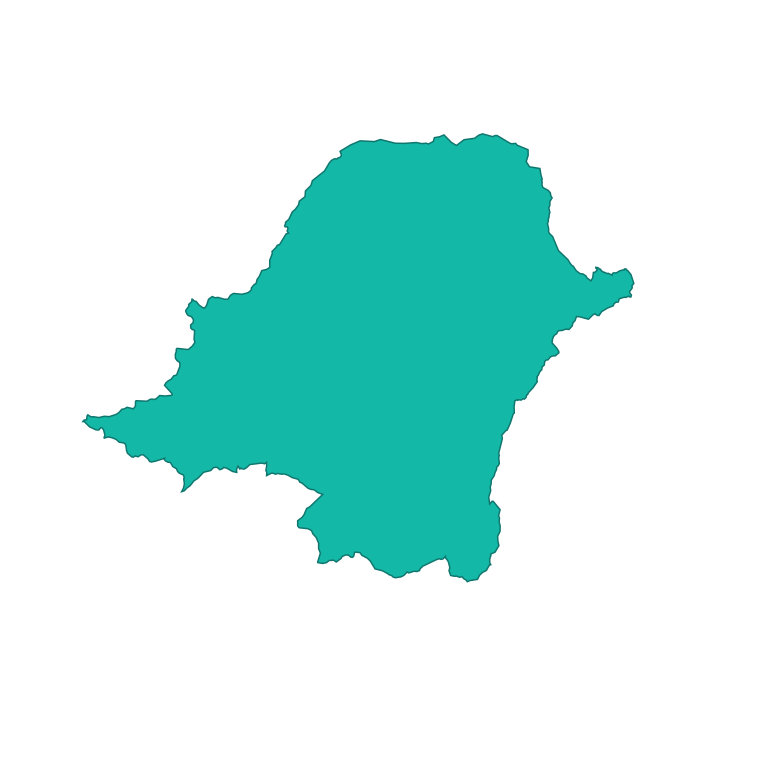 outline of Sao Nicolau Tolentino, São Domingos, Cabo Verde, rotated 143°
{"feature_id": "66160863B10929768356041", "entity_name": "Sao Nicolau Tolentino", "entity_type": "district", "adm_level": 2, "iso_a3": "CPV", "parent_name": "Cabo Verde", "parent_adm1": "São Domingos", "projection": "robinson", "projection_center": [-23.566, 15.021], "detail": "fine", "context": "isolated", "style": "filled", "palette": "teal", "viewbox_px": 768, "rotation_deg": 143, "n_neighbors": 0, "source": "geoboundaries", "source_scale": "gbopen_adm2", "svg_char_len": 6171}
<svg xmlns="http://www.w3.org/2000/svg" viewBox="0 0 768 768"><g transform="rotate(143 384 384)"><path d="M436.5,176.0L433.7,175.3L426.9,171.7L422.7,173.8L418.7,174.2L414.4,173.5L408.8,176.0L407.5,175.4L407.2,177.4L405.0,180.5L401.9,182.7L401.1,183.9L396.4,182.9L389.5,185.8L387.8,189.6L384.8,194.1L380.1,196.4L376.7,200.7L375.0,204.6L372.4,207.5L371.8,209.8L366.9,213.8L367.4,224.6L368.3,225.3L371.8,224.5L368.4,230.7L363.0,234.6L361.1,237.9L358.8,239.5L356.1,242.7L351.1,244.5L348.6,246.5L345.9,247.8L343.6,250.0L342.3,249.9L339.8,251.0L336.7,256.2L334.8,257.7L334.3,259.5L322.4,269.1L320.8,272.2L315.2,273.4L313.3,273.1L306.6,276.8L298.8,282.3L297.4,282.4L293.7,287.7L289.6,291.8L287.4,291.4L287.0,290.4L286.2,290.6L284.1,288.6L282.0,288.6L280.9,287.4L278.5,287.8L276.8,289.4L275.8,289.1L273.7,290.2L267.0,291.4L260.0,293.7L259.4,295.5L257.9,296.6L257.5,297.8L255.9,298.0L251.8,300.2L249.5,300.4L247.6,302.4L244.6,302.7L242.0,305.3L240.0,305.5L238.5,304.6L234.7,305.5L232.4,304.9L230.2,303.4L225.5,303.7L224.8,304.9L224.5,308.6L225.0,315.7L222.7,318.2L220.2,319.8L217.9,320.4L215.9,320.2L213.7,321.4L211.9,321.2L209.6,319.6L205.8,318.4L203.4,316.2L198.5,317.2L196.6,319.0L193.4,319.6L189.7,322.0L187.2,319.8L181.7,312.7L175.6,313.5L173.4,313.2L172.4,310.5L171.1,309.3L166.7,310.8L160.1,310.2L153.9,308.5L152.0,309.6L149.9,309.8L147.5,308.5L144.8,310.5L139.9,308.7L138.8,307.6L135.9,307.0L135.6,305.9L134.4,304.9L132.9,306.1L132.9,308.9L132.3,309.9L127.9,311.4L126.8,313.3L124.0,313.9L120.9,322.8L121.1,327.7L121.7,329.0L121.3,329.6L121.7,330.5L122.7,331.1L123.6,330.5L124.4,331.3L128.1,332.6L131.5,332.9L133.9,334.7L135.0,334.7L136.3,333.7L138.4,337.6L139.5,338.0L140.5,340.3L141.6,341.1L141.5,342.0L142.3,343.3L142.0,345.4L142.6,345.8L143.0,347.9L144.5,349.7L145.0,349.3L144.9,346.8L148.1,346.2L149.6,347.1L153.3,343.3L156.6,341.8L158.0,346.4L157.7,349.0L159.0,352.3L160.9,354.0L162.3,358.6L162.0,364.1L162.6,365.5L162.7,368.5L162.3,372.6L164.4,385.5L160.6,400.3L161.3,405.0L160.7,406.8L159.1,408.9L156.9,413.7L154.8,415.1L153.1,417.3L152.1,417.6L150.0,420.1L148.4,421.0L146.4,425.4L143.8,427.1L141.6,430.0L137.8,431.4L137.4,434.2L136.1,436.6L136.3,439.6L138.9,445.4L137.9,448.1L136.0,450.3L135.5,452.0L134.5,452.2L132.7,456.8L129.8,462.3L137.1,469.9L136.6,476.0L131.2,479.9L128.0,484.4L133.9,494.5L134.1,497.0L137.5,499.0L138.6,500.7L144.1,514.3L145.6,515.5L148.4,516.2L154.8,524.5L158.7,525.7L163.7,525.7L173.0,530.9L182.6,530.9L184.8,536.4L186.2,546.8L190.8,548.0L195.5,550.4L198.7,548.0L204.2,549.0L205.3,550.8L209.2,553.3L212.9,557.4L222.9,563.9L230.1,569.5L239.7,581.4L245.8,583.4L256.8,592.6L266.5,595.0L278.8,596.3L279.6,596.2L278.5,595.8L279.5,595.1L279.8,593.3L281.0,591.8L282.9,591.5L284.9,592.3L286.5,592.1L287.7,593.6L291.4,594.2L294.8,593.4L303.3,589.9L318.8,589.5L322.9,586.5L330.5,585.5L334.4,581.1L341.6,581.0L344.4,578.5L349.6,576.9L353.7,576.6L360.9,572.8L365.3,572.4L366.6,570.8L368.0,570.4L368.4,569.0L366.9,567.9L366.7,567.2L367.3,565.7L369.3,564.5L369.5,561.9L371.8,562.8L383.5,558.2L385.7,559.0L388.5,557.9L393.7,557.2L394.7,555.4L400.8,551.6L405.0,545.9L408.6,546.1L413.4,548.1L418.8,545.0L422.4,543.9L425.6,541.3L428.2,541.5L432.2,540.5L433.1,539.2L435.6,538.7L438.2,538.9L443.5,541.2L449.7,546.9L453.0,547.3L457.7,545.7L460.4,547.7L464.5,553.1L467.1,554.6L468.5,557.2L473.1,557.3L478.2,553.6L481.7,552.6L482.9,554.3L484.2,558.4L484.3,563.0L485.6,564.4L485.9,566.9L486.4,567.3L487.9,565.5L492.1,565.1L492.9,563.6L498.0,562.1L498.8,560.8L499.3,558.1L499.1,556.4L497.2,553.7L497.5,550.0L499.5,547.9L502.9,547.5L504.6,545.1L504.4,542.9L503.4,541.9L503.3,540.4L508.7,534.1L510.0,531.0L514.4,529.6L519.0,529.3L520.4,530.0L527.8,537.0L529.0,536.8L530.2,535.1L532.9,533.2L535.1,530.0L535.2,527.2L534.2,524.1L536.2,521.1L544.2,516.0L547.0,517.1L550.9,515.9L555.0,516.4L557.6,516.1L560.1,515.0L559.1,504.3L559.6,502.9L560.3,502.7L566.0,506.1L570.1,509.8L574.6,509.3L577.0,510.0L578.4,511.7L580.4,512.6L583.5,512.8L591.9,519.7L592.7,519.8L596.0,515.8L599.2,515.1L603.2,520.0L606.3,520.4L608.6,521.6L612.9,520.7L616.2,520.9L623.1,523.3L626.9,526.6L631.9,528.8L635.8,532.8L637.8,534.1L639.1,537.6L640.3,537.2L643.2,534.4L645.2,535.7L647.1,535.2L646.0,534.3L644.9,526.9L641.6,520.7L639.4,518.9L636.4,519.6L635.5,518.3L635.6,516.0L637.5,511.5L638.3,510.4L639.6,510.0L639.9,509.1L636.1,507.7L634.1,505.5L631.3,501.1L630.5,496.9L626.9,493.0L626.9,490.7L629.8,485.5L630.5,482.9L629.3,477.5L628.2,476.4L626.2,476.4L624.1,473.8L620.8,473.7L618.8,472.2L617.5,465.9L617.8,463.2L616.7,461.7L613.2,460.0L603.9,456.7L604.9,456.0L604.8,454.0L603.6,451.6L601.8,449.8L602.4,445.2L600.7,441.1L601.5,438.4L601.2,436.1L599.1,432.3L599.1,431.5L599.9,429.5L601.0,428.8L603.5,424.4L606.6,421.7L610.4,419.8L607.7,418.9L603.6,419.6L600.4,419.4L594.1,421.0L589.2,420.7L581.2,422.1L574.5,419.2L570.7,419.8L568.9,419.0L567.4,417.8L566.7,414.4L564.2,413.6L562.2,413.8L560.3,411.5L557.6,405.3L554.8,402.0L553.4,404.3L550.2,406.3L549.9,407.0L550.3,402.9L548.9,403.0L548.8,402.1L546.9,400.2L544.1,399.9L539.6,400.4L529.2,394.4L527.4,392.2L525.0,392.1L527.1,389.1L530.4,386.0L530.8,384.0L532.9,381.5L527.6,380.5L526.0,379.2L525.0,377.3L522.7,376.5L520.1,373.6L517.9,372.3L515.6,369.0L513.6,364.4L510.2,360.0L509.9,358.5L510.3,356.2L509.1,354.2L507.4,346.4L505.7,343.7L503.4,341.5L502.4,337.5L499.4,332.7L517.0,330.6L520.7,331.1L526.6,327.7L529.4,326.8L535.2,326.8L538.3,322.7L538.3,320.3L531.7,314.1L530.1,310.5L531.0,307.1L530.5,302.4L532.0,296.2L535.3,291.9L536.6,287.2L544.3,281.6L544.3,281.1L541.0,277.6L537.6,276.0L534.0,276.0L530.2,273.6L529.3,270.6L523.4,270.5L521.2,271.4L517.4,270.5L515.4,268.7L514.6,265.5L513.4,264.5L511.7,264.8L509.1,267.0L508.0,267.0L504.6,263.7L504.8,260.6L502.1,254.8L501.5,250.8L502.4,241.7L497.6,235.7L495.1,230.2L495.0,229.2L493.1,226.1L493.0,224.6L491.5,222.4L486.4,219.7L483.3,219.2L478.7,219.9L477.9,218.2L472.7,216.4L470.7,214.5L467.9,213.6L466.4,214.7L462.4,215.1L448.0,212.2L444.9,211.1L444.1,209.8L442.3,208.8L438.7,209.3L439.5,207.9L439.4,204.4L440.0,202.2L442.0,197.7L444.5,195.7L446.0,191.0L443.6,188.2L441.8,187.0L439.9,184.1L437.6,183.1L437.5,180.6L436.4,177.9L436.5,176.0Z" fill="#14b8a6" stroke="#0f766e" stroke-width="1.5"/></g></svg>